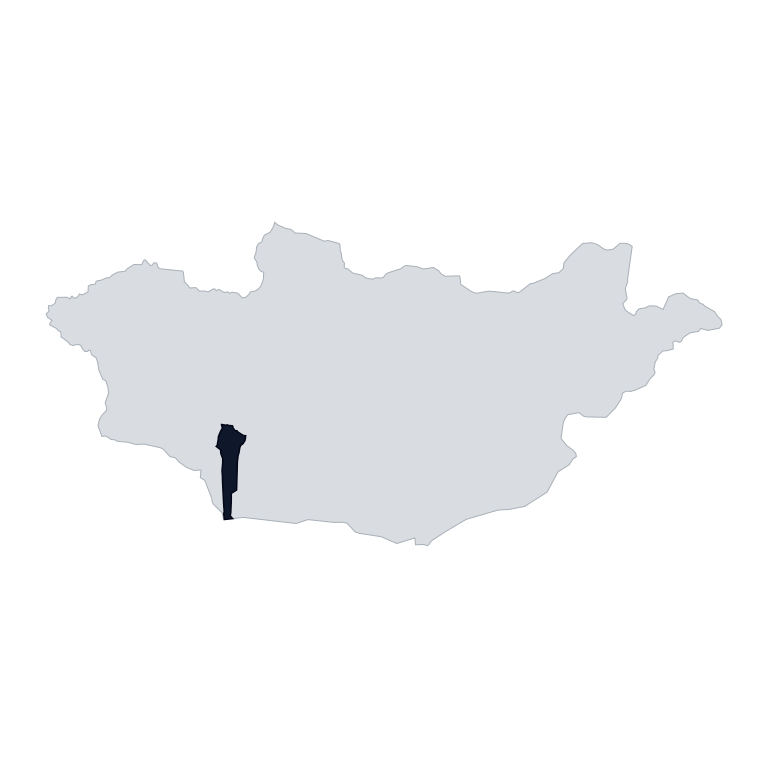 location of Cogt, Govi-Altay, Mongolia
{"feature_id": "93677404B32157357652115", "entity_name": "Cogt", "entity_type": "district", "adm_level": 2, "iso_a3": "MNG", "parent_name": "Mongolia", "parent_adm1": "Govi-Altay", "projection": "orthographic", "projection_center": [96.826, 44.224], "detail": "fine", "context": "in_parent", "style": "filled", "palette": "ink", "viewbox_px": 768, "rotation_deg": 0, "n_neighbors": 0, "source": "geoboundaries", "source_scale": "gbopen_adm2", "svg_char_len": 5712}
<svg xmlns="http://www.w3.org/2000/svg" viewBox="0 0 768 768"><path d="M48.6,305.6L51.1,305.8L55.1,303.3L56.0,299.4L57.4,297.4L66.5,297.2L70.4,298.8L71.3,296.4L72.1,296.1L74.1,298.4L76.2,297.7L77.8,296.8L79.4,294.0L82.4,294.8L88.0,291.9L88.3,286.1L90.5,284.8L95.3,284.1L96.1,281.5L97.2,280.8L100.7,280.3L106.9,277.8L109.7,277.7L112.0,275.2L117.5,272.2L125.6,271.1L126.3,269.4L133.9,264.5L141.6,264.7L144.0,260.1L145.2,259.8L150.3,265.6L152.6,265.0L153.5,262.9L156.7,263.0L157.9,267.0L159.7,268.7L182.7,271.1L183.4,272.5L184.4,281.7L188.5,286.0L189.5,288.0L195.9,287.6L199.5,291.1L205.1,291.0L207.9,292.0L213.4,288.9L214.7,288.9L216.3,290.6L219.0,289.4L224.1,292.5L228.0,291.9L229.8,293.2L232.2,292.2L237.7,293.1L242.3,297.9L245.4,297.5L249.1,294.3L250.1,292.1L255.4,290.9L258.5,288.8L260.5,286.7L263.3,279.6L263.7,272.3L261.0,271.3L258.7,268.9L257.2,265.0L257.0,262.3L254.4,258.3L254.6,256.2L256.0,252.6L256.7,246.8L258.4,243.6L262.0,241.8L262.3,239.5L264.4,235.1L270.0,232.3L273.1,227.4L274.7,222.3L277.5,224.8L284.9,228.1L291.0,229.5L295.2,233.0L305.9,233.5L324.3,241.2L328.0,240.5L338.9,243.4L339.9,244.6L340.3,251.1L341.2,252.8L342.1,259.7L344.4,263.1L344.2,267.3L345.2,268.5L347.9,268.9L352.6,273.0L362.4,275.3L365.6,277.9L372.4,279.3L375.7,277.8L381.3,278.0L383.3,277.4L386.4,273.7L388.6,272.6L400.9,268.7L404.1,266.2L406.4,265.5L416.4,266.6L423.6,269.0L433.5,267.5L438.5,270.6L441.0,273.8L445.3,276.3L459.1,275.8L459.9,276.5L460.7,283.8L461.5,284.9L471.6,291.7L476.1,293.3L488.7,291.1L508.9,293.1L513.3,290.8L517.8,292.7L519.4,292.2L530.7,283.4L532.6,283.5L545.1,278.5L552.6,273.6L558.8,272.7L563.1,268.8L564.0,262.8L570.6,254.7L582.7,243.4L591.6,242.8L597.4,244.5L604.0,249.1L607.4,250.1L613.1,249.2L620.1,243.3L624.6,243.3L628.9,244.1L632.2,246.4L627.5,279.6L627.8,281.4L625.3,288.7L627.1,298.9L622.8,303.8L624.9,309.3L626.6,311.2L633.7,315.6L635.4,314.4L636.5,311.6L639.1,308.8L644.9,307.9L649.6,305.8L656.3,306.1L663.1,309.4L668.6,296.9L675.8,293.7L683.1,293.1L690.2,298.6L697.5,299.9L700.2,303.4L703.2,304.3L704.5,306.0L714.5,311.6L717.6,316.4L720.8,319.4L721.9,323.2L721.9,325.2L719.3,328.2L708.0,330.4L700.6,328.5L698.7,331.3L690.2,332.8L685.8,335.7L682.9,338.0L681.6,341.0L680.3,342.0L678.9,342.3L675.8,340.9L673.6,341.5L673.0,342.2L673.3,349.0L666.0,350.9L663.3,350.7L658.0,355.2L657.7,358.0L655.2,362.2L653.8,369.4L655.1,372.1L654.6,374.0L650.0,378.9L645.9,385.3L635.5,390.0L630.4,391.5L626.3,391.1L622.7,392.9L621.0,399.3L615.3,408.1L606.2,417.3L586.4,416.9L583.8,416.3L578.9,412.7L567.8,414.7L565.2,418.2L563.2,423.2L561.0,438.4L566.9,445.7L573.0,450.1L575.8,453.4L576.4,456.7L573.1,458.8L569.0,464.9L557.9,471.9L547.2,492.0L524.7,506.4L509.9,509.3L497.9,510.1L466.3,519.3L446.5,531.0L431.6,540.7L428.6,544.9L427.0,545.7L424.0,544.5L415.5,544.8L414.9,537.9L396.8,543.5L381.2,536.7L359.5,533.4L355.1,531.9L347.2,523.3L343.3,522.3L333.9,522.4L308.0,519.6L296.1,523.5L243.3,517.4L224.2,519.6L223.5,518.8L222.3,513.0L213.4,504.2L212.2,501.9L211.8,498.5L204.8,480.4L200.3,477.6L201.0,470.0L194.2,470.5L186.6,467.4L178.9,461.9L175.3,457.8L169.9,456.6L163.4,449.2L160.3,447.7L144.2,444.1L136.0,444.5L127.3,442.2L117.4,441.3L114.3,439.6L111.4,439.6L105.8,436.0L101.9,436.4L98.0,425.7L99.5,419.3L101.7,415.6L106.6,410.1L106.7,407.9L105.2,402.6L108.5,393.4L108.0,387.6L105.9,380.9L102.7,379.1L98.8,369.9L97.8,362.9L96.2,358.0L91.6,354.7L90.4,350.4L89.0,350.0L87.8,351.3L85.0,351.6L82.3,348.7L80.9,345.6L79.3,344.7L76.1,344.5L73.2,345.6L70.1,344.6L67.7,341.7L61.0,336.8L61.1,333.8L60.3,331.5L58.2,330.7L56.3,328.4L49.8,325.0L49.8,323.5L52.0,320.4L47.6,317.3L46.1,314.2L49.2,310.8L48.3,308.2L48.6,305.6Z" fill="#d9dde1" stroke="#a8b0b8" stroke-width="1"/><path d="M223.7,514.0L223.9,515.2L224.0,516.2L224.0,516.8L224.1,517.2L224.1,517.5L224.2,518.4L224.3,519.5L225.1,519.4L225.3,519.4L226.3,519.3L227.7,519.1L228.9,519.0L230.2,518.8L232.7,518.6L230.3,516.0L230.8,512.4L231.3,500.7L231.3,500.2L231.3,493.4L236.6,490.0L237.4,461.8L238.1,455.6L239.0,452.7L239.9,447.0L240.0,447.0L240.1,446.9L240.3,446.7L240.4,446.4L240.4,446.2L240.5,446.0L240.5,445.9L240.5,445.7L240.8,445.5L240.9,445.4L240.9,445.2L241.0,445.1L241.1,444.9L241.3,444.8L241.3,444.7L241.5,444.6L241.7,444.4L241.8,444.4L241.9,444.2L242.0,444.2L242.3,444.1L242.5,444.0L242.5,443.9L242.6,444.0L242.7,443.9L242.8,443.8L242.8,443.7L243.0,443.6L243.1,443.4L243.2,443.2L243.3,443.2L243.5,443.1L243.6,442.9L243.7,442.7L243.7,442.4L243.8,442.2L244.0,442.0L244.0,441.9L244.2,441.7L244.3,441.6L244.5,441.4L244.5,441.2L244.7,440.8L244.7,440.7L244.8,440.6L245.0,440.4L245.0,440.2L245.2,439.9L245.1,439.7L245.0,439.4L245.1,439.2L245.2,438.9L245.3,438.8L245.3,438.7L245.5,438.2L245.5,437.9L245.6,437.7L245.5,437.4L245.5,437.2L245.4,436.9L245.5,436.9L245.5,436.7L245.4,436.4L245.4,436.1L245.5,436.0L245.5,435.9L245.6,435.7L243.4,435.5L239.4,433.0L238.3,432.3L236.9,430.7L236.2,430.8L235.5,430.6L234.6,430.1L234.2,429.7L234.0,429.2L233.2,428.1L232.9,427.6L233.0,427.0L232.5,425.8L228.3,425.4L227.3,424.8L226.0,425.2L221.6,424.5L221.6,424.8L221.5,425.0L221.8,425.3L222.0,425.5L221.9,425.6L221.9,425.8L222.0,425.9L221.9,426.0L222.0,426.1L222.1,426.3L222.1,426.5L222.0,426.8L222.1,427.0L222.1,427.3L222.3,427.5L222.4,427.8L222.5,427.9L222.5,428.0L220.7,431.0L218.4,436.5L218.3,438.4L218.2,439.6L217.4,444.0L217.4,445.0L216.2,446.4L218.6,448.3L218.9,448.5L219.4,448.9L219.9,449.2L220.4,449.6L220.5,449.7L220.6,450.0L220.6,450.6L220.6,450.9L220.7,451.5L220.8,452.5L220.8,453.0L220.8,453.3L220.8,453.5L221.0,454.0L221.2,454.5L221.4,455.0L221.6,455.5L221.8,456.1L222.0,456.6L222.2,457.2L222.7,458.6L222.7,462.9L222.2,468.4L222.0,471.2L222.4,475.9L222.5,481.2L223.4,499.6L223.7,505.0L224.2,511.4L223.7,514.0Z" fill="#0f172a" stroke="#020617" stroke-width="1.5"/></svg>